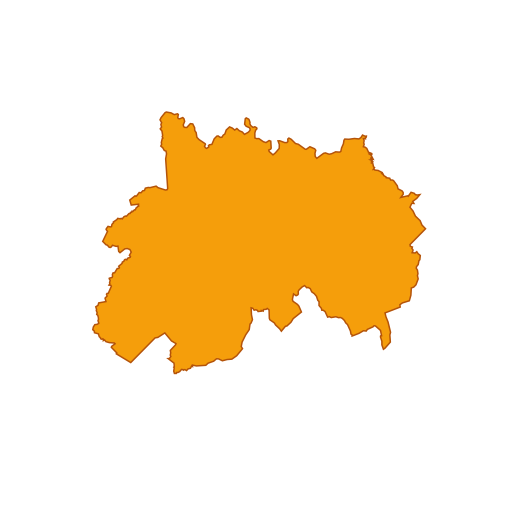 Colotlán, Jalisco, Mexico, rotated 127°
{"feature_id": "50627088B8833204369872", "entity_name": "Colotlán", "entity_type": "district", "adm_level": 2, "iso_a3": "MEX", "parent_name": "Mexico", "parent_adm1": "Jalisco", "projection": "mercator", "projection_center": [-103.289, 22.099], "detail": "fine", "context": "isolated", "style": "filled", "palette": "amber", "viewbox_px": 512, "rotation_deg": 127, "n_neighbors": 0, "source": "geoboundaries", "source_scale": "gbopen_adm2", "svg_char_len": 6158}
<svg xmlns="http://www.w3.org/2000/svg" viewBox="0 0 512 512"><g transform="rotate(127 256 256)"><path d="M252.0,97.5L243.9,96.9L238.5,101.6L236.0,102.6L229.2,110.9L226.3,115.7L223.8,118.7L210.0,110.1L208.3,111.8L205.3,110.8L199.5,106.6L194.1,108.7L188.1,112.7L185.9,111.3L182.8,110.9L176.7,112.7L174.5,115.3L172.7,116.0L170.1,118.6L169.3,120.7L167.9,121.4L165.2,121.3L161.6,123.1L160.4,122.9L156.7,125.1L156.6,128.0L155.8,130.2L157.8,130.7L159.4,133.3L157.2,133.9L156.5,134.5L156.2,136.0L154.7,136.5L155.4,138.6L154.2,139.9L132.2,137.0L131.4,142.1L129.0,146.2L128.2,152.7L125.6,157.6L124.4,162.4L120.2,163.3L119.0,161.5L118.1,163.7L113.3,162.3L108.4,162.1L110.1,163.7L111.1,165.6L110.7,167.3L111.8,170.5L116.7,170.4L116.7,171.1L122.1,175.6L118.1,175.6L116.7,176.7L116.1,178.5L116.9,183.0L114.9,185.4L113.1,191.2L113.1,192.5L114.3,194.3L113.4,196.0L115.1,199.1L114.6,199.7L114.9,202.5L114.1,203.5L114.5,204.3L114.3,205.1L113.8,204.7L113.4,205.4L114.2,210.0L115.8,212.7L115.6,213.8L116.2,214.4L114.0,214.6L114.1,215.7L111.4,218.9L111.9,219.4L110.3,219.5L110.2,220.1L111.0,220.6L110.0,221.1L110.3,222.4L108.9,221.1L108.8,223.2L108.4,223.2L108.0,221.1L106.2,224.8L106.4,227.2L105.8,227.1L105.0,224.8L104.5,225.2L105.4,228.6L103.4,232.3L103.4,234.3L104.1,236.0L101.6,236.9L101.0,238.0L98.9,239.0L97.6,240.9L96.5,239.1L95.8,239.8L94.7,239.5L93.8,240.0L94.7,241.0L95.3,243.7L98.4,243.5L100.6,244.3L102.9,248.1L106.9,252.1L109.2,255.5L110.6,255.4L113.9,253.7L118.2,252.7L121.4,251.2L122.7,251.7L124.9,255.1L128.7,257.1L130.7,258.8L131.9,262.6L133.3,263.8L141.4,266.2L140.9,268.6L138.5,270.7L135.6,271.9L135.1,273.7L136.3,278.7L140.6,280.1L141.1,280.9L141.3,289.5L142.4,292.1L141.6,298.1L142.0,300.7L143.5,301.0L145.4,299.4L146.8,299.6L148.1,301.2L149.7,306.4L150.8,307.7L152.9,304.5L156.1,302.2L162.1,302.6L165.0,303.3L164.6,308.4L163.7,309.6L161.8,308.6L160.7,308.8L155.4,313.3L155.9,315.0L159.4,316.3L160.3,318.9L160.5,324.4L161.9,326.1L162.4,327.9L158.4,331.0L155.8,332.0L153.9,331.8L153.2,332.6L153.5,334.7L155.1,335.8L155.0,338.7L154.1,340.5L152.9,341.2L151.4,343.4L151.1,344.2L151.6,346.9L152.8,347.2L157.6,344.4L158.3,342.0L157.5,338.4L158.1,337.1L159.4,336.4L161.7,336.6L165.8,338.4L165.2,341.5L166.0,344.7L165.7,348.0L168.2,348.8L168.1,352.0L168.8,354.8L173.3,355.6L177.3,354.3L179.2,354.9L181.7,354.7L182.8,356.0L182.9,358.5L183.8,359.4L187.5,359.9L193.4,358.4L195.2,360.1L196.4,360.4L197.4,359.3L199.8,360.2L200.0,361.4L199.4,363.1L197.2,363.6L196.9,364.2L197.3,371.5L196.8,374.6L193.5,378.0L192.6,380.5L190.5,382.2L188.6,386.0L189.8,388.1L195.0,388.6L196.2,390.4L196.2,391.6L195.1,393.0L191.4,394.0L189.7,396.2L189.5,397.8L192.5,399.6L193.0,400.8L192.5,401.8L189.7,403.2L189.7,404.3L192.3,406.4L192.8,409.9L195.0,414.3L196.3,414.9L202.6,415.1L205.0,414.6L206.3,411.6L208.2,411.1L209.9,409.0L212.1,409.0L212.8,406.3L215.9,403.1L217.2,402.7L217.8,401.3L218.7,401.5L222.4,399.9L223.5,398.6L225.5,398.2L225.7,395.5L226.9,392.8L226.4,390.9L228.3,388.9L232.8,386.6L255.3,367.1L256.6,366.9L257.8,368.0L260.4,375.4L260.3,377.8L265.2,381.8L266.1,383.3L268.4,385.2L270.8,384.5L272.1,385.7L274.7,385.9L275.6,387.5L279.7,387.5L280.6,387.8L280.7,388.8L287.3,390.5L290.4,386.3L285.3,381.0L286.9,379.7L287.5,380.4L288.5,380.2L289.3,380.7L291.8,380.2L292.4,380.9L294.6,381.2L294.8,382.0L296.0,381.7L296.7,382.5L297.7,382.1L298.6,383.0L302.2,383.4L302.7,384.4L304.2,385.1L306.9,385.2L307.1,386.4L307.9,386.7L309.2,389.1L310.5,389.0L314.7,390.4L315.2,389.8L317.4,390.1L319.5,389.1L320.4,389.8L321.4,392.0L324.3,392.0L325.1,391.6L325.7,389.4L336.6,387.2L337.3,382.6L336.8,381.1L337.4,378.8L337.0,377.6L335.8,377.0L333.8,377.1L332.5,373.5L331.2,372.2L335.0,368.4L335.2,366.6L329.3,365.1L327.5,363.3L326.7,360.6L328.0,358.0L331.7,357.5L331.9,356.0L332.7,355.7L335.1,357.2L336.8,356.9L337.3,358.4L338.3,358.7L339.9,358.4L341.3,359.1L342.6,358.5L346.8,359.5L347.4,358.2L348.4,358.1L349.6,359.3L354.5,358.8L355.5,360.0L357.2,359.6L358.6,358.3L359.7,358.0L362.0,359.8L362.5,359.6L363.2,357.8L365.4,356.9L366.1,356.0L367.7,355.9L366.8,354.3L367.2,353.3L374.8,351.5L375.5,352.4L376.5,352.4L377.6,350.8L380.5,351.2L382.7,348.4L388.1,353.4L390.5,352.5L393.0,353.4L394.6,351.2L395.7,350.7L396.9,348.7L398.5,348.1L398.6,346.7L399.8,345.1L401.3,343.7L402.7,343.3L404.3,341.1L406.0,341.6L407.8,343.4L410.6,343.2L413.1,342.0L413.3,339.9L414.5,338.8L413.0,335.0L414.8,332.6L414.9,331.0L415.6,330.3L415.2,328.9L414.3,328.5L414.4,327.5L415.4,327.0L414.2,326.3L414.7,324.3L413.5,321.1L410.7,316.7L410.9,315.7L415.0,316.9L416.0,316.6L417.2,308.8L418.2,308.7L416.5,291.9L382.1,287.3L380.1,285.4L372.3,282.5L374.7,272.4L374.1,267.2L375.4,266.8L383.0,267.6L384.7,265.8L386.8,264.8L387.5,263.5L390.0,263.5L390.8,264.4L390.9,257.0L393.5,254.7L394.3,254.8L394.5,254.0L397.5,252.4L398.9,250.5L397.8,249.0L396.8,249.3L396.1,248.3L394.3,247.4L391.4,247.2L390.6,245.8L390.9,245.3L389.5,244.5L389.3,242.5L387.1,242.3L385.1,240.8L382.2,241.2L382.3,240.3L381.3,241.0L379.7,237.5L373.5,230.3L370.5,229.8L365.5,226.5L361.9,225.7L360.7,224.0L359.9,219.8L356.1,216.8L352.9,213.2L347.3,211.4L338.1,211.0L337.2,213.3L333.1,215.3L325.1,216.8L318.9,217.1L314.0,219.8L312.5,219.6L309.0,220.5L305.7,224.2L300.3,228.7L299.7,227.1L300.4,224.9L299.0,223.7L298.6,222.1L299.1,220.9L296.8,218.5L296.3,218.9L295.7,217.1L294.3,217.8L292.4,215.8L291.1,215.5L291.2,213.1L297.7,207.9L298.6,206.6L298.4,201.1L299.3,198.9L299.9,193.3L300.8,190.5L294.4,190.2L293.3,189.2L287.9,188.2L283.6,188.6L273.4,186.0L270.2,191.6L269.7,193.7L269.9,199.2L268.8,200.8L263.7,203.2L263.6,200.1L262.1,199.3L260.9,199.3L258.8,201.0L257.1,201.2L252.9,200.5L250.4,199.4L250.8,196.3L249.8,195.5L249.4,193.1L251.1,189.9L251.0,186.8L251.8,183.4L254.2,180.0L254.5,178.2L257.6,175.9L258.5,172.2L259.7,170.9L258.9,169.7L258.8,167.4L261.7,162.0L260.3,160.9L259.9,158.9L256.4,155.6L255.6,153.0L254.2,151.4L253.9,149.5L254.3,146.5L255.4,144.2L255.7,141.6L259.1,135.4L261.2,133.2L261.2,131.8L262.1,131.1L255.8,127.2L251.0,125.2L249.6,122.8L247.6,122.9L242.1,119.9L241.1,119.9L240.2,119.2L240.0,118.1L240.5,111.8L244.1,107.7L244.8,108.4L245.7,107.9L248.4,104.1L251.2,102.0L253.8,98.1L252.0,97.5Z" fill="#f59e0b" stroke="#b45309" stroke-width="1.5"/></g></svg>